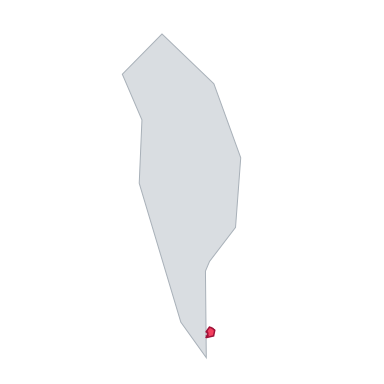 Ngebei, Palau (highlighted), rotated 154°
{"feature_id": "81905179B35974165109386", "entity_name": "Ngebei", "entity_type": "district", "adm_level": 2, "iso_a3": "PLW", "parent_name": "Palau", "parent_adm1": "", "projection": "albers", "projection_center": [134.637, 7.688], "detail": "fine", "context": "in_parent", "style": "filled", "palette": "rose", "viewbox_px": 384, "rotation_deg": 154, "n_neighbors": 0, "source": "geoboundaries", "source_scale": "gbopen_adm2", "svg_char_len": 1288}
<svg xmlns="http://www.w3.org/2000/svg" viewBox="0 0 384 384"><g transform="rotate(154 192 192)"><path d="M203.0,328.4L149.7,347.2L124.9,279.7L133.2,201.4L168.4,141.1L206.7,121.9L214.6,115.0L251.8,36.8L259.1,79.9L235.6,223.0L205.4,278.7L203.0,328.4Z" fill="#d9dde1" stroke="#a8b0b8" stroke-width="1"/><path d="M240.9,60.0L240.7,60.0L240.4,60.0L240.2,60.0L240.2,59.9L240.1,60.0L240.3,60.1L240.2,60.2L239.9,60.1L239.9,59.9L239.8,59.7L239.7,59.5L239.7,59.3L239.7,59.2L239.7,58.9L239.7,58.6L239.6,58.4L239.7,58.2L239.8,58.0L239.8,57.9L239.9,57.7L240.0,57.6L240.1,57.4L240.2,57.2L240.3,57.2L240.5,57.1L240.7,56.9L240.8,56.8L240.7,56.8L240.7,56.7L240.8,56.7L241.0,56.5L241.0,56.4L241.2,56.2L241.3,56.2L241.2,56.1L241.3,56.1L241.3,55.9L241.4,56.0L241.5,56.0L241.7,55.9L241.8,55.8L242.0,55.8L242.1,55.7L242.3,55.7L242.5,55.6L242.7,55.4L242.9,55.3L243.0,55.2L242.7,54.8L235.7,53.2L232.2,57.7L232.3,57.8L232.4,58.1L232.3,58.4L232.4,58.5L232.5,58.6L232.7,58.9L232.8,59.0L233.0,59.1L233.0,59.4L232.9,59.6L233.0,59.7L233.0,59.9L233.1,60.0L233.2,60.3L233.3,60.5L233.5,60.8L233.7,61.0L233.8,61.1L234.0,61.1L234.2,61.4L234.2,61.6L234.3,61.7L234.3,61.8L234.5,62.0L234.8,62.2L235.0,62.4L235.1,62.5L235.3,62.5L235.5,62.7L235.6,62.9L240.9,60.0Z" fill="#f43f5e" stroke="#9f1239" stroke-width="1.5"/></g></svg>